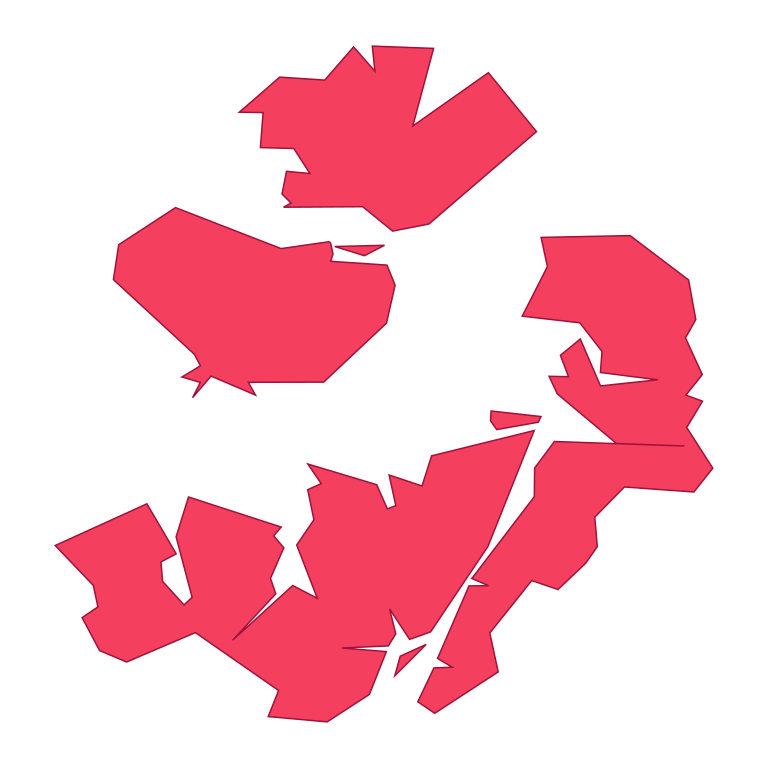 Hadsel nor, Nordland, Norway
{"feature_id": "86288312B40270143357623", "entity_name": "Hadsel nor", "entity_type": "district", "adm_level": 2, "iso_a3": "NOR", "parent_name": "Norway", "parent_adm1": "Nordland", "projection": "mercator", "projection_center": [15.018, 68.501], "detail": "medium", "context": "isolated", "style": "filled", "palette": "rose", "viewbox_px": 768, "rotation_deg": 0, "n_neighbors": 0, "source": "geoboundaries", "source_scale": "gbopen_adm2", "svg_char_len": 1925}
<svg xmlns="http://www.w3.org/2000/svg" viewBox="0 0 768 768"><path d="M327.1,721.9L369.4,694.4L386.4,651.6L341.7,648.0L388.3,645.9L395.8,633.9L389.6,608.9L409.6,639.4L430.6,631.9L488.0,546.4L534.2,430.5L431.6,455.8L422.0,486.0L389.1,475.0L395.8,505.6L387.4,508.9L376.7,484.7L307.8,464.0L321.2,483.6L307.7,489.7L313.9,519.8L296.7,545.0L317.3,598.3L292.7,585.5L232.5,640.3L275.8,593.8L270.5,578.4L283.8,547.8L273.7,535.8L281.2,527.1L188.5,497.0L176.1,536.8L192.1,597.3L184.0,604.9L162.6,581.4L161.0,561.9L176.2,553.8L146.9,503.8L55.2,545.5L93.3,585.4L97.9,606.9L82.1,617.6L99.6,650.6L126.6,662.0L195.4,632.6L278.6,690.5L268.2,716.6L327.1,721.9ZM498.2,671.9L489.8,633.0L531.7,580.6L558.0,589.5L585.7,563.2L597.3,546.7L594.8,517.1L624.4,487.0L693.9,492.0L712.8,468.2L686.7,427.5L702.5,401.2L685.9,395.1L702.3,374.6L685.5,337.9L695.8,319.5L688.6,280.0L630.1,235.6L541.1,237.4L547.4,266.6L522.2,316.2L579.8,322.8L602.0,351.4L600.4,372.5L657.7,379.8L600.5,385.9L580.3,339.0L560.4,355.3L568.5,376.7L549.1,376.3L557.2,393.8L616.5,443.5L684.4,446.0L554.4,441.5L534.6,468.1L534.3,496.7L471.8,578.5L488.6,585.7L469.0,585.9L437.5,658.5L452.3,667.2L433.9,667.9L417.8,701.8L434.7,713.3L498.2,671.9ZM175.5,207.6L118.7,244.7L113.4,279.6L194.4,354.3L200.4,365.8L181.9,377.0L200.3,382.4L192.6,397.6L211.1,376.1L255.5,395.1L248.3,382.3L323.7,382.1L386.5,323.1L395.1,285.2L387.0,265.1L330.7,261.3L333.0,254.0L330.6,243.1L329.1,241.7L281.1,248.6L175.5,207.6ZM433.6,48.4L372.3,46.1L374.9,71.2L353.6,46.9L324.7,80.1L279.7,77.1L239.3,112.2L263.1,112.6L260.4,147.6L293.8,148.5L309.9,173.5L286.5,171.3L282.0,194.0L291.1,203.1L283.5,207.2L362.7,206.7L392.6,231.1L428.9,224.0L536.5,131.6L488.4,72.7L412.8,126.0L433.6,48.4ZM541.0,416.6L491.1,411.0L490.5,420.8L496.7,429.6L538.3,422.2L541.0,416.6ZM426.2,644.4L400.2,656.2L394.8,675.8L426.2,644.4ZM384.5,245.3L334.7,246.5L364.4,255.7L384.5,245.3Z" fill="#f43f5e" stroke="#9f1239" stroke-width="1.5"/></svg>